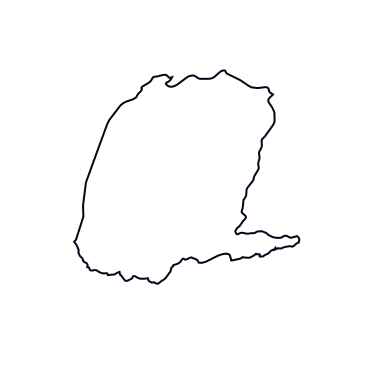 SVG path tracing the border of Vakaga, rotated 225°
{"feature_id": "CAF-812", "entity_name": "Vakaga", "entity_type": "Prefecture", "adm_level": 1, "iso_a3": "CAF", "parent_name": "Central African Republic", "parent_adm1": "", "projection": "equal_earth", "projection_center": [21.98, 9.792], "detail": "fine", "context": "isolated", "style": "outline", "palette": "ink", "viewbox_px": 384, "rotation_deg": 225, "n_neighbors": 0, "source": "natural_earth", "source_scale": "10m", "svg_char_len": 4603}
<svg xmlns="http://www.w3.org/2000/svg" viewBox="0 0 384 384"><g transform="rotate(225 192 192)"><path d="M240.1,73.4L240.3,76.3L251.4,97.8L259.5,105.4L273.7,123.7L286.8,151.7L299.8,179.7L301.4,184.4L303.8,202.5L303.4,206.6L302.3,209.7L299.4,215.6L298.5,218.6L298.5,219.8L299.3,222.4L299.5,223.8L299.4,227.1L299.6,228.1L300.2,229.4L300.8,229.4L301.2,229.6L301.6,230.4L301.7,231.1L299.7,239.3L299.6,241.2L300.4,244.4L300.6,246.0L299.9,247.2L298.8,248.3L295.8,253.4L294.1,255.7L293.2,256.4L291.9,256.7L289.4,256.6L288.2,257.2L287.3,259.0L286.6,256.7L286.5,254.1L287.1,251.9L287.4,250.8L287.2,250.3L286.6,249.9L285.8,249.8L284.9,249.9L283.8,250.1L282.8,250.5L281.8,251.1L281.1,251.8L280.3,252.7L279.7,253.8L279.0,255.4L278.4,257.5L276.7,268.9L276.3,270.9L275.7,272.2L274.6,274.0L273.5,275.3L272.9,275.6L272.2,276.0L271.4,276.2L268.5,276.7L267.1,277.2L265.5,278.5L260.1,284.0L258.5,286.2L257.6,288.8L257.2,295.4L256.9,297.8L255.9,300.1L255.1,300.9L254.2,301.2L251.9,300.4L251.1,300.4L236.6,305.3L226.6,307.2L223.6,308.3L219.7,311.4L218.5,312.6L214.2,318.1L213.4,318.8L212.7,319.1L212.1,319.2L211.5,319.2L210.7,319.0L208.1,317.6L207.1,317.5L206.1,317.7L205.3,318.0L203.6,318.2L203.8,314.5L203.7,313.2L203.6,312.0L203.2,311.1L202.3,310.3L201.1,309.6L195.2,308.5L190.8,306.9L189.6,306.2L183.7,300.5L182.6,298.5L181.9,296.0L179.7,282.4L179.8,279.5L179.7,278.5L179.0,277.5L175.4,274.2L174.4,272.6L173.7,270.9L173.4,269.4L173.0,268.3L172.6,267.5L171.8,266.6L168.9,264.4L167.8,263.1L165.9,259.7L165.1,258.7L164.1,257.9L162.1,256.5L161.4,255.7L160.9,254.5L159.3,247.9L158.7,246.4L158.1,245.2L157.4,244.4L156.9,243.3L156.7,242.0L155.9,235.1L155.5,233.2L154.9,232.0L152.1,228.9L151.3,227.8L150.7,226.5L150.4,225.3L150.0,223.2L149.7,222.5L145.1,216.9L144.3,215.5L143.7,214.3L143.0,213.2L142.0,212.7L140.0,212.7L138.0,213.0L136.8,212.8L136.1,212.4L135.7,211.8L135.5,211.0L135.4,210.1L135.4,208.0L135.2,206.8L134.5,203.1L134.3,201.7L134.3,200.5L134.6,198.5L134.5,197.6L134.3,196.8L133.9,195.5L133.5,194.7L132.8,194.4L130.9,193.8L130.5,193.8L130.1,194.2L129.6,195.0L129.4,195.6L129.0,196.8L128.8,197.2L128.5,197.7L128.1,198.2L127.5,198.8L127.0,199.2L126.5,199.6L125.4,200.1L124.4,200.8L122.7,202.4L121.1,204.6L119.5,206.2L119.0,206.9L118.6,207.5L118.4,208.7L118.1,209.7L117.8,210.2L117.6,210.6L117.0,211.2L116.4,211.9L115.5,212.9L115.3,213.3L114.6,213.8L111.0,215.3L109.8,215.6L108.2,215.6L107.2,215.8L105.3,216.5L104.3,216.7L103.1,217.2L101.8,217.9L99.1,220.0L97.3,221.9L96.8,222.6L96.5,223.2L96.4,223.7L96.0,225.4L95.8,225.9L95.5,226.3L95.3,226.7L94.4,227.7L94.0,228.0L93.2,228.3L92.0,228.4L90.0,229.4L89.5,229.8L89.2,230.1L89.0,230.6L88.6,231.5L88.3,231.9L87.8,232.6L87.0,234.5L86.7,234.9L86.2,235.1L85.5,235.2L84.2,235.0L82.6,234.4L80.5,231.4L80.2,231.1L80.7,231.4L81.2,231.2L81.7,229.2L81.8,226.5L82.4,224.2L84.1,223.2L85.0,222.3L88.0,217.9L88.6,216.3L88.9,215.2L89.7,214.4L91.4,213.1L91.7,212.2L91.9,211.3L92.3,210.9L93.5,211.6L93.4,210.3L93.3,209.9L92.9,209.5L92.9,208.8L94.0,208.3L94.5,206.9L94.6,203.4L94.8,201.8L95.9,198.9L96.2,196.9L96.4,196.5L96.8,195.9L97.4,195.4L97.8,195.1L98.0,194.7L98.6,194.3L99.0,194.6L99.7,195.6L100.0,195.8L100.5,195.4L101.1,194.9L102.1,193.7L102.4,193.6L102.8,193.7L103.0,193.7L103.2,193.3L103.1,191.8L103.2,191.5L104.3,187.6L105.1,185.8L109.5,182.0L110.1,181.8L110.3,180.2L110.9,178.7L114.9,172.5L116.0,171.3L117.1,172.2L120.3,173.9L121.4,174.2L124.1,172.8L126.6,169.4L128.7,165.1L132.8,152.7L134.9,148.9L137.4,146.8L138.2,147.0L139.1,147.4L140.1,147.6L140.9,147.2L141.2,147.4L143.7,146.4L144.1,146.0L146.1,145.4L147.1,143.8L147.7,141.7L148.7,139.6L149.3,139.2L150.2,139.1L151.0,138.8L151.3,137.8L151.3,136.9L150.9,135.4L150.8,134.2L151.1,132.0L153.5,126.7L152.9,125.9L152.9,125.2L153.0,124.5L153.0,123.8L152.5,122.9L151.1,120.8L150.9,119.8L150.7,118.1L150.0,114.0L149.8,111.9L150.0,109.9L150.7,106.8L150.9,104.7L151.3,103.0L152.4,102.1L153.7,101.6L154.9,101.4L155.3,101.1L155.7,100.4L156.2,99.6L157.0,99.3L157.6,99.2L159.1,98.6L159.9,98.5L161.5,99.5L162.3,99.8L162.7,98.9L163.0,98.8L164.8,96.5L167.1,94.3L168.5,93.4L173.3,91.9L174.1,90.7L173.3,88.5L173.8,87.0L174.4,84.9L175.3,82.9L176.7,82.0L183.3,82.9L184.5,82.7L186.7,84.2L187.8,82.0L188.6,78.7L190.8,76.2L191.7,74.8L192.7,73.8L193.9,74.5L194.5,74.5L195.4,73.7L196.8,72.0L197.8,71.3L199.4,70.4L201.1,69.8L201.4,69.7L203.5,69.3L204.7,68.8L205.6,68.0L207.1,65.8L207.8,65.1L208.9,64.8L210.1,65.1L211.2,65.6L212.2,65.7L212.9,64.8L214.6,66.9L216.3,67.1L218.0,66.5L219.8,66.2L220.5,66.5L221.9,67.4L222.7,67.6L225.4,67.5L226.2,67.6L229.1,68.6L231.1,70.8L235.8,72.8L240.1,73.4Z" fill="none" stroke="#020617" stroke-width="2"/></g></svg>